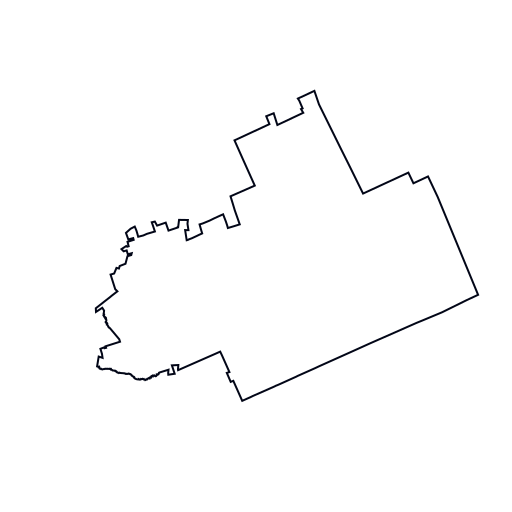 the district of Candelaria, Campeche, Mexico, rotated 336°
{"feature_id": "50627088B43108093310772", "entity_name": "Candelaria", "entity_type": "district", "adm_level": 2, "iso_a3": "MEX", "parent_name": "Mexico", "parent_adm1": "Campeche", "projection": "albers", "projection_center": [-91.135, 18.16], "detail": "fine", "context": "isolated", "style": "outline", "palette": "ink", "viewbox_px": 512, "rotation_deg": 336, "n_neighbors": 0, "source": "geoboundaries", "source_scale": "gbopen_adm2", "svg_char_len": 5166}
<svg xmlns="http://www.w3.org/2000/svg" viewBox="0 0 512 512"><g transform="rotate(336 256 256)"><path d="M66.0,292.1L66.5,292.3L66.5,292.6L66.7,293.0L66.8,293.1L66.8,293.3L67.1,293.3L67.2,293.6L67.4,293.6L67.7,293.5L67.7,293.8L67.6,294.1L67.6,294.4L67.6,294.9L67.4,294.9L67.3,295.1L67.4,295.3L67.7,295.6L68.0,295.8L68.3,295.9L68.6,296.0L68.6,296.4L69.0,296.6L69.4,297.1L69.6,297.1L70.2,297.2L70.8,297.3L71.5,297.6L72.3,297.6L72.6,297.9L72.8,298.0L73.1,298.0L73.5,298.3L73.9,298.4L74.1,298.4L74.4,298.7L74.6,298.7L75.1,299.0L75.3,299.1L75.6,299.2L75.9,299.3L76.0,299.4L76.3,299.4L76.5,299.7L76.9,299.8L76.8,300.0L77.1,300.2L77.2,300.3L77.2,300.5L77.4,300.5L77.3,300.8L77.5,301.0L77.8,301.2L78.0,301.4L78.3,301.8L78.4,302.2L78.7,302.4L78.9,302.5L79.3,302.7L79.8,302.9L80.1,303.2L80.2,303.4L80.4,303.6L80.5,303.6L80.7,303.8L80.8,303.8L80.8,304.0L81.2,304.2L81.4,304.4L81.5,304.6L81.3,304.7L81.3,305.0L81.5,305.2L81.6,305.6L81.9,306.0L82.3,306.4L82.5,306.5L82.9,306.7L83.1,306.9L83.3,306.9L83.3,307.1L83.5,307.1L83.9,307.2L84.1,307.3L84.2,307.5L84.9,307.9L85.4,308.2L87.3,309.2L87.5,309.4L87.8,309.5L88.2,309.7L88.3,309.9L88.4,310.0L88.8,310.2L88.9,310.3L88.9,310.5L89.0,310.5L89.0,310.4L89.1,310.6L89.6,310.8L89.8,311.1L90.0,311.2L90.1,311.3L90.5,311.4L91.1,311.5L91.3,311.6L91.5,311.5L91.8,311.8L92.1,311.8L92.2,312.0L92.5,312.3L92.7,312.6L92.9,312.7L93.1,312.7L93.2,312.8L93.4,313.0L93.5,313.3L93.9,314.2L93.8,314.3L93.7,314.5L93.8,314.8L94.0,315.0L94.5,315.6L94.6,315.8L94.7,316.1L94.8,316.3L95.0,316.5L95.0,316.8L95.3,316.8L95.4,317.0L95.5,317.1L95.4,317.7L95.5,318.1L95.5,318.3L95.4,318.3L95.5,318.6L95.8,318.9L96.0,319.2L96.1,319.3L96.3,319.5L96.7,319.9L97.4,320.4L97.9,320.7L98.7,320.9L98.8,321.0L99.0,321.4L99.3,321.4L99.5,321.5L99.5,321.4L99.7,321.6L99.9,321.7L100.3,321.7L100.7,321.8L100.9,321.6L101.0,321.7L101.3,321.8L101.5,321.9L101.9,322.0L102.3,322.0L102.4,322.3L102.8,322.6L103.0,322.8L103.1,322.7L103.3,322.7L103.3,322.8L103.3,323.2L103.4,323.3L103.5,323.3L104.1,323.5L104.2,323.9L104.4,324.1L104.4,324.3L104.5,324.3L104.7,324.2L104.9,324.2L105.0,324.1L105.3,324.1L105.8,324.3L106.0,324.5L106.3,324.5L106.5,324.4L106.5,324.0L106.7,323.9L106.8,323.9L107.0,324.1L107.3,324.1L107.6,324.1L107.9,324.0L108.4,323.9L108.9,324.5L109.1,324.2L109.4,324.0L109.6,324.0L109.7,323.8L110.0,323.9L110.4,324.4L110.5,324.5L110.7,324.4L110.8,324.3L111.0,323.9L111.0,323.7L111.2,323.4L111.4,323.4L111.6,323.4L112.3,323.8L112.3,323.2L112.5,323.2L112.8,323.3L112.9,323.2L113.1,323.1L113.5,323.3L113.5,323.5L113.9,323.9L114.2,324.0L114.3,324.0L114.5,323.9L114.6,324.2L114.8,324.4L115.0,324.7L115.3,325.0L115.6,325.1L115.8,325.1L116.8,324.6L117.0,324.4L117.1,323.7L117.3,323.7L117.8,324.0L118.1,324.4L118.4,324.3L118.6,324.4L118.8,324.4L119.1,324.1L119.2,323.8L119.3,323.7L119.6,323.6L119.8,323.3L119.9,323.2L120.1,323.2L120.3,323.3L120.7,323.2L129.8,324.3L128.1,327.3L127.6,328.8L133.8,330.5L134.7,321.7L140.7,324.0L139.0,327.1L138.6,327.8L138.4,328.6L160.1,328.7L178.8,328.8L184.4,328.8L184.5,333.1L184.5,351.2L181.8,350.9L181.7,360.7L184.5,360.8L184.5,382.7L194.0,382.7L196.1,382.6L220.1,382.7L221.1,382.6L223.7,382.7L224.2,382.7L227.2,382.7L243.8,382.6L245.1,382.5L264.2,382.5L269.0,382.4L304.7,382.3L324.3,382.2L375.5,382.4L381.8,382.6L403.0,383.1L430.8,382.0L443.1,381.8L446.0,276.0L445.5,253.3L429.4,253.6L429.1,241.8L379.2,242.5L378.1,213.8L377.2,193.5L375.2,143.1L376.5,128.9L358.3,129.2L358.7,131.7L358.6,140.1L356.9,140.1L357.4,144.4L328.8,145.0L330.2,132.8L322.2,132.5L321.9,141.0L283.4,141.6L283.4,161.3L283.5,191.2L257.0,191.1L256.1,198.6L255.2,205.6L254.0,220.5L247.9,219.8L241.7,219.0L242.1,216.3L242.5,212.3L242.9,204.5L233.0,204.6L228.1,204.8L220.6,204.6L217.3,204.2L216.6,208.9L216.0,213.5L213.0,213.5L210.0,213.6L209.9,213.6L204.6,213.7L201.3,213.5L200.4,213.6L199.1,213.4L201.8,203.5L204.8,204.9L206.5,198.7L208.4,195.4L200.4,191.7L196.6,198.0L196.1,197.7L195.7,198.1L186.4,197.2L187.1,188.8L178.0,188.0L177.6,183.4L174.5,182.8L174.1,187.5L173.6,192.5L165.4,191.4L161.4,191.4L156.2,190.5L156.7,187.3L157.1,184.1L157.2,179.8L152.5,180.1L146.6,182.0L146.1,188.9L151.1,189.7L150.8,191.5L144.4,190.8L143.6,195.3L142.0,195.1L141.5,194.1L135.9,195.0L137.0,197.9L140.1,198.3L139.6,202.3L143.6,202.9L142.4,204.4L138.5,203.9L133.6,210.0L127.4,209.7L125.7,211.7L123.7,210.1L119.3,214.3L115.6,213.8L113.9,229.0L115.0,231.9L107.6,233.7L106.3,234.1L98.7,236.0L88.4,238.6L87.1,242.0L94.5,240.8L95.0,244.1L94.0,245.8L93.4,246.6L93.6,247.5L93.4,247.9L93.2,247.9L92.9,247.8L92.8,248.1L92.5,248.2L92.5,248.3L92.7,249.0L92.6,249.5L92.6,249.8L92.9,250.1L93.1,250.4L93.4,250.5L93.6,251.0L93.0,251.2L92.9,251.3L92.9,251.5L93.0,251.6L93.1,251.8L93.0,252.2L93.0,252.6L93.1,252.8L93.4,252.8L93.3,253.3L93.1,253.9L93.0,254.2L92.5,254.8L92.2,255.0L91.9,255.0L91.7,255.3L91.8,256.0L92.0,256.2L92.6,256.6L92.7,256.9L92.7,257.2L92.6,257.3L92.1,257.6L91.8,258.0L92.1,258.4L92.3,258.8L92.3,259.8L92.4,260.0L92.3,260.4L92.3,260.5L92.4,261.2L92.7,261.4L92.8,261.6L92.7,261.8L93.2,262.5L97.2,276.4L96.9,279.0L81.9,277.3L81.7,278.9L80.1,278.6L80.1,277.7L76.1,277.5L75.5,282.7L74.4,286.6L74.0,286.2L73.8,286.1L71.4,283.9L66.0,292.1Z" fill="none" stroke="#020617" stroke-width="2"/></g></svg>